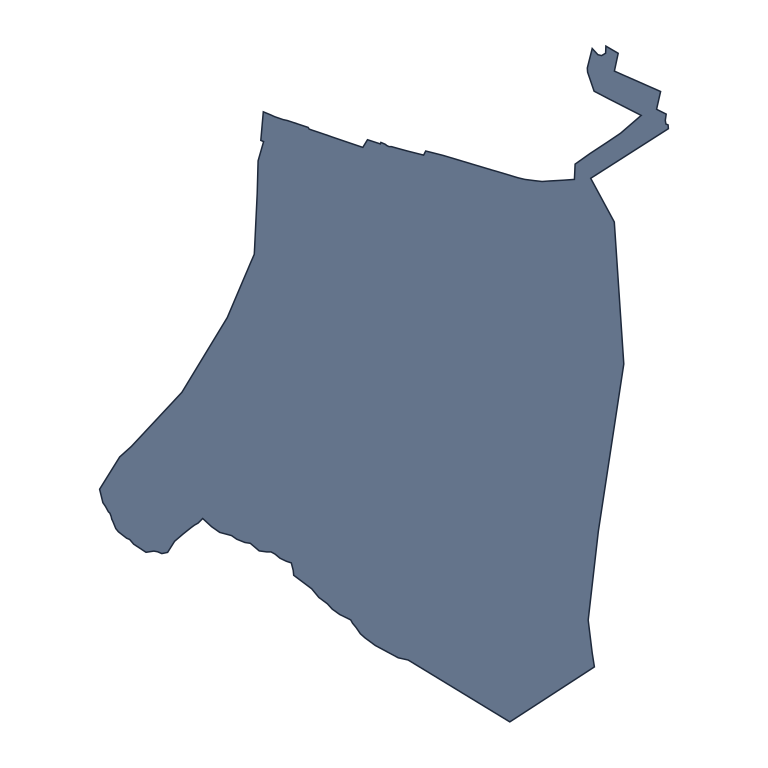 the district of San Lucas Quiaviní, Oaxaca, Mexico
{"feature_id": "50627088B89558645189060", "entity_name": "San Lucas Quiaviní", "entity_type": "district", "adm_level": 2, "iso_a3": "MEX", "parent_name": "Mexico", "parent_adm1": "Oaxaca", "projection": "albers", "projection_center": [-96.46, 16.882], "detail": "fine", "context": "isolated", "style": "filled", "palette": "slate", "viewbox_px": 768, "rotation_deg": 0, "n_neighbors": 0, "source": "geoboundaries", "source_scale": "gbopen_adm2", "svg_char_len": 1868}
<svg xmlns="http://www.w3.org/2000/svg" viewBox="0 0 768 768"><path d="M660.6,91.5L647.2,85.6L623.8,75.3L614.4,71.1L618.2,53.3L605.9,46.1L605.6,53.2L601.6,55.6L597.9,54.7L592.2,48.5L587.3,68.0L587.6,72.2L594.1,91.2L609.2,99.1L641.2,115.4L620.6,133.2L607.4,142.1L590.2,153.4L575.1,164.1L574.8,171.2L574.4,179.4L563.3,180.2L549.0,181.0L542.1,181.5L535.0,180.7L524.8,179.4L517.7,177.7L496.1,171.2L491.5,169.9L443.1,155.4L430.9,152.3L425.7,151.0L423.6,155.1L407.4,151.0L401.1,149.3L391.4,146.6L389.0,146.6L386.5,145.4L386.2,145.0L385.1,144.2L380.9,142.4L380.3,143.9L367.5,139.7L362.8,147.4L345.1,141.4L331.3,136.7L330.0,136.2L318.0,132.1L312.0,130.1L309.2,129.1L308.1,127.4L287.3,120.5L283.1,119.6L274.7,116.7L271.4,115.2L271.0,115.0L263.3,111.8L260.8,140.4L263.6,141.6L258.1,160.8L257.2,193.6L254.6,248.0L254.5,249.3L254.5,250.2L254.3,253.4L254.3,254.2L253.5,256.0L252.7,257.9L250.9,262.0L249.2,266.0L247.4,270.3L245.8,274.0L244.3,277.5L227.3,317.5L181.9,392.3L131.4,446.4L119.7,456.9L99.6,489.2L102.9,502.7L105.5,506.5L108.4,511.8L109.9,513.2L111.2,516.6L111.7,519.0L112.9,521.5L115.8,528.6L118.4,531.8L126.6,538.2L129.7,539.5L133.7,544.2L146.0,552.3L153.9,551.1L157.7,551.8L161.8,553.6L167.6,552.4L174.6,541.3L183.1,534.0L191.0,527.7L194.5,525.1L198.1,523.1L202.7,518.5L211.6,526.7L219.7,532.4L231.6,535.6L236.7,539.2L244.9,542.5L250.3,543.3L259.2,550.9L266.6,551.9L271.0,551.9L274.9,554.0L280.1,558.3L286.4,561.3L291.3,562.9L293.2,570.3L293.7,575.3L311.7,588.8L318.9,597.5L327.4,603.8L332.2,609.1L339.7,614.5L350.7,619.9L352.6,623.3L356.0,627.4L360.4,633.8L365.0,637.9L375.3,645.5L398.2,657.8L408.1,660.0L509.8,721.9L594.4,666.9L592.2,652.9L588.2,620.1L598.3,531.6L623.8,364.0L614.3,222.0L590.7,178.3L668.4,128.7L668.1,124.9L665.9,124.0L665.3,120.4L665.9,116.2L666.2,114.1L656.6,109.3L657.2,106.5L660.6,91.5Z" fill="#64748b" stroke="#1e293b" stroke-width="1.5"/></svg>